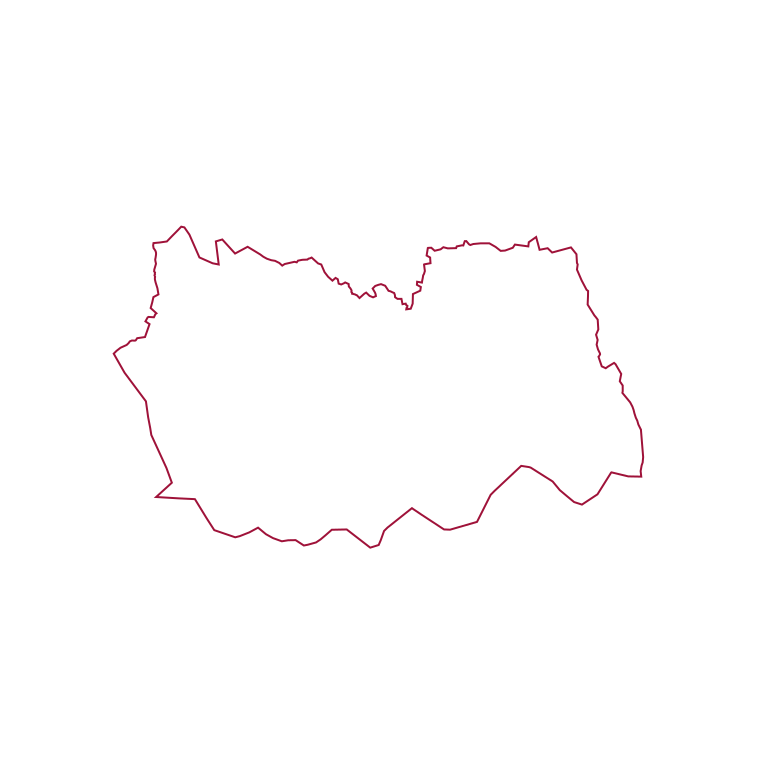 Fune, Yobe, Nigeria (Robinson projection), rotated 119°
{"feature_id": "59680162B1470225488806", "entity_name": "Fune", "entity_type": "district", "adm_level": 2, "iso_a3": "NGA", "parent_name": "Nigeria", "parent_adm1": "Yobe", "projection": "robinson", "projection_center": [11.324, 11.889], "detail": "fine", "context": "isolated", "style": "outline", "palette": "rose", "viewbox_px": 768, "rotation_deg": 119, "n_neighbors": 0, "source": "geoboundaries", "source_scale": "gbopen_adm2", "svg_char_len": 3586}
<svg xmlns="http://www.w3.org/2000/svg" viewBox="0 0 768 768"><g transform="rotate(119 384 384)"><path d="M308.5,508.6L310.1,509.8L311.0,510.8L312.3,511.3L315.0,515.7L317.8,519.0L319.9,519.3L320.5,521.5L327.2,529.0L329.8,530.4L328.9,534.2L329.1,539.0L330.4,542.7L331.2,547.2L331.2,549.8L331.2,551.3L330.7,555.0L330.1,569.8L342.1,577.5L336.0,595.5L340.8,600.2L359.6,586.5L361.5,592.4L362.8,606.8L347.7,626.6L343.8,634.5L344.7,637.6L349.2,638.8L357.8,641.2L364.6,643.0L369.0,648.8L372.5,653.9L374.7,653.1L376.9,651.4L377.8,649.4L378.7,648.0L379.9,646.9L381.4,646.1L384.6,644.9L385.8,644.6L387.0,643.8L389.4,641.7L395.2,640.4L397.0,639.6L397.5,638.3L398.5,638.0L399.0,637.5L400.1,637.5L400.7,636.8L401.3,636.1L402.2,635.9L403.7,635.0L405.8,633.1L410.1,628.6L415.0,624.7L419.8,627.8L424.9,626.3L430.7,624.9L432.5,617.3L433.4,617.7L434.2,617.8L436.8,617.6L437.2,617.6L439.5,622.5L440.4,623.0L444.9,623.0L445.3,618.1L458.8,615.8L463.6,622.1L466.1,622.3L466.8,622.8L468.2,625.6L470.0,627.0L472.0,627.2L474.6,628.0L480.0,632.0L484.7,634.0L488.5,635.1L499.9,616.4L514.6,583.8L527.5,574.1L535.9,567.1L541.4,562.8L562.9,533.6L573.2,521.7L593.3,528.5L583.4,507.8L576.5,493.8L576.4,493.5L587.1,474.6L588.3,472.4L594.1,461.6L590.2,439.8L587.0,436.4L579.1,429.9L570.7,424.5L572.6,414.4L572.6,406.4L571.1,397.1L567.1,392.0L563.4,385.6L564.1,375.8L561.6,372.8L555.5,366.6L550.6,364.1L544.6,361.8L536.8,359.0L529.3,346.1L533.8,316.7L527.4,310.6L522.3,311.1L512.5,312.7L507.8,311.3L479.1,299.4L480.1,287.8L482.1,261.0L479.4,255.6L459.5,235.8L429.2,237.0L423.9,235.5L389.1,224.3L386.4,217.0L386.0,215.2L387.5,189.2L391.6,178.8L393.4,169.6L395.1,160.5L393.5,152.4L377.0,143.8L351.4,142.4L351.0,142.2L346.4,125.6L340.3,114.1L335.8,117.3L330.3,119.2L327.3,119.7L322.3,121.9L299.3,137.2L299.3,137.3L296.1,141.9L293.3,144.7L291.4,147.4L288.3,150.7L285.7,153.1L283.4,155.7L280.7,159.8L276.2,171.2L274.6,171.7L269.6,174.5L267.3,179.1L260.2,181.4L254.4,191.1L254.0,193.0L260.3,196.6L262.7,197.7L263.0,202.1L256.2,209.6L255.2,209.4L253.3,209.4L252.5,210.0L250.0,213.6L246.5,217.1L241.9,218.5L238.1,222.4L232.4,223.0L224.1,228.3L222.8,231.2L222.0,233.3L215.8,244.4L208.6,248.0L203.7,250.6L203.4,252.5L197.9,260.9L197.8,261.1L190.4,270.7L185.5,272.6L184.6,273.9L177.2,278.6L173.9,286.7L187.5,300.7L185.9,306.7L191.2,313.0L186.2,317.8L185.4,318.6L181.7,322.2L189.8,326.1L193.7,324.5L198.6,337.1L202.4,337.4L208.6,342.8L210.6,345.9L211.0,346.5L210.0,352.9L209.9,360.0L214.0,367.5L218.3,373.8L220.6,375.9L220.6,377.4L219.1,381.3L219.9,382.6L224.4,381.8L224.9,383.0L228.4,387.1L230.2,386.8L234.3,393.7L234.4,393.8L235.6,398.4L238.8,399.8L242.9,404.3L241.9,408.7L243.6,411.5L243.8,411.6L251.0,409.0L251.0,405.0L255.8,401.9L259.9,406.9L260.1,406.9L263.5,404.4L265.4,403.0L266.5,402.8L268.2,402.4L270.0,402.4L272.5,401.5L275.1,400.7L276.9,400.0L278.5,404.6L281.3,403.3L281.3,398.8L284.8,397.5L291.3,402.3L299.8,397.9L305.2,397.1L307.9,400.7L306.5,401.2L305.5,400.9L304.2,401.5L304.3,402.6L303.2,404.0L305.2,406.5L301.1,410.0L303.0,413.5L302.7,416.4L300.9,417.6L299.5,419.2L299.7,421.0L299.8,423.2L300.3,425.2L299.1,427.5L297.5,430.6L298.1,435.0L300.0,437.0L302.5,439.2L306.0,440.2L308.4,436.2L309.6,434.8L310.3,434.3L311.0,433.7L313.5,435.6L313.9,439.4L312.7,443.9L314.6,445.0L320.7,447.1L319.5,450.9L319.7,451.8L319.7,452.8L320.5,455.7L319.6,456.1L319.3,457.2L318.1,457.6L317.4,458.4L316.5,460.1L315.8,462.0L313.7,463.4L314.0,467.2L315.5,468.0L317.7,469.7L318.2,472.3L314.8,475.2L314.7,477.8L318.6,479.2L317.3,484.9L315.0,490.2L309.9,496.8L310.5,500.1L308.5,508.6Z" fill="none" stroke="#9f1239" stroke-width="2"/></g></svg>